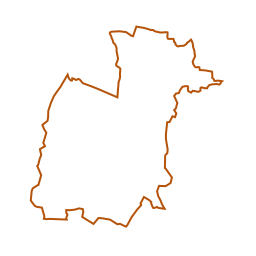 outline of Dutsin Ma, Katsina, Nigeria, rotated 188°
{"feature_id": "59680162B60516342630503", "entity_name": "Dutsin Ma", "entity_type": "district", "adm_level": 2, "iso_a3": "NGA", "parent_name": "Nigeria", "parent_adm1": "Katsina", "projection": "natural_earth1", "projection_center": [7.474, 12.411], "detail": "fine", "context": "isolated", "style": "outline", "palette": "amber", "viewbox_px": 256, "rotation_deg": 188, "n_neighbors": 0, "source": "geoboundaries", "source_scale": "gbopen_adm2", "svg_char_len": 2859}
<svg xmlns="http://www.w3.org/2000/svg" viewBox="0 0 256 256"><g transform="rotate(188 128 128)"><path d="M195.2,172.4L200.8,158.9L203.2,154.5L205.9,149.1L207.9,141.8L209.3,134.0L208.6,127.1L208.7,123.9L213.2,119.1L211.0,115.3L208.2,111.9L209.8,101.5L207.7,98.4L212.2,94.9L212.0,94.0L210.2,89.2L211.2,84.9L211.7,79.9L212.0,78.6L212.6,77.8L207.4,69.2L208.8,59.1L209.3,59.0L213.9,55.0L214.0,54.7L214.6,52.1L214.2,42.6L209.3,37.8L207.0,37.2L202.2,37.2L198.5,28.9L198.7,26.4L195.9,26.4L193.0,27.1L188.9,27.5L176.0,28.8L176.6,30.0L176.4,32.0L175.9,33.2L176.1,34.2L177.3,35.3L177.8,37.8L177.7,38.2L174.6,38.4L169.5,39.7L165.3,41.6L161.5,41.4L160.6,38.8L161.0,33.6L148.8,28.2L144.8,34.7L141.9,35.0L133.1,34.8L125.1,31.2L122.6,32.0L117.7,30.4L116.1,30.1L115.8,30.6L115.1,31.9L112.0,40.3L107.7,48.3L104.2,53.5L105.1,55.0L102.6,61.9L97.1,59.6L94.7,58.0L94.6,56.6L92.2,52.5L90.7,52.5L88.3,53.9L86.9,53.1L80.5,53.1L83.7,57.2L85.7,60.8L88.5,64.6L90.4,69.4L89.2,75.0L82.6,75.7L82.4,75.9L78.2,79.4L77.6,85.1L85.1,93.1L85.9,93.5L87.3,105.4L87.1,106.7L85.6,108.5L85.7,112.1L88.9,122.4L89.6,127.4L90.0,139.2L87.7,139.7L85.6,145.8L82.9,145.3L82.2,149.2L84.8,152.2L83.5,153.7L83.1,155.3L83.1,156.6L82.6,159.6L86.8,166.2L85.2,168.9L83.4,169.4L82.5,169.7L81.7,172.8L79.9,176.3L77.5,177.3L74.7,177.7L74.1,176.5L74.1,174.5L73.5,173.0L70.5,171.8L69.0,173.9L63.4,173.6L61.4,175.1L61.8,177.7L60.9,178.5L57.9,178.1L55.2,178.3L54.7,180.0L53.4,181.8L51.0,182.9L48.1,183.5L46.4,183.9L45.2,183.8L43.8,183.7L42.8,184.6L42.5,185.5L42.2,186.6L41.4,187.4L42.7,187.5L43.7,187.4L44.6,187.5L45.4,187.4L46.4,187.2L47.7,186.8L49.0,186.7L49.8,188.1L51.0,189.1L51.7,189.5L51.6,190.7L51.8,191.8L52.2,193.4L52.3,194.5L52.7,195.5L59.8,195.8L64.9,195.4L65.9,198.1L67.5,198.0L69.2,197.5L70.5,198.1L72.3,200.4L73.2,202.7L72.3,206.1L71.9,207.0L71.6,208.4L71.9,209.8L72.4,210.6L72.5,211.3L72.7,212.4L73.2,214.2L74.7,217.0L75.1,218.7L75.8,220.9L76.7,222.7L77.9,224.3L79.6,222.2L81.2,220.8L81.9,219.2L84.2,217.3L85.5,216.9L87.7,216.6L89.5,215.8L90.7,215.9L91.3,216.4L92.7,217.5L93.1,219.1L94.5,219.8L94.6,220.8L95.4,222.6L98.4,222.1L100.7,221.9L101.4,222.7L101.8,224.2L101.8,226.3L102.2,228.2L103.7,228.2L106.7,227.5L108.6,227.1L110.5,227.1L112.0,227.3L112.7,227.3L113.2,227.3L113.8,227.4L115.6,227.7L116.3,228.4L118.0,228.5L119.0,228.1L120.3,228.5L125.8,229.3L133.8,229.6L135.8,219.6L137.6,219.9L143.2,222.7L149.9,222.6L157.6,221.1L158.9,220.4L159.3,219.3L157.3,216.3L156.5,214.4L155.7,213.4L154.4,210.4L152.3,208.9L150.5,205.7L149.9,202.0L147.5,195.3L147.9,192.7L148.7,189.5L148.1,188.0L144.8,186.5L143.8,185.5L143.5,180.3L142.9,177.3L143.2,174.7L143.4,173.5L143.7,172.7L142.8,156.9L163.6,162.6L171.5,164.5L179.0,166.1L182.3,169.1L183.8,169.7L186.2,168.3L188.9,169.4L190.1,169.4L189.9,168.1L190.2,167.1L191.5,167.2L193.2,168.7L194.2,170.2L195.2,172.4Z" fill="none" stroke="#b45309" stroke-width="2"/></g></svg>